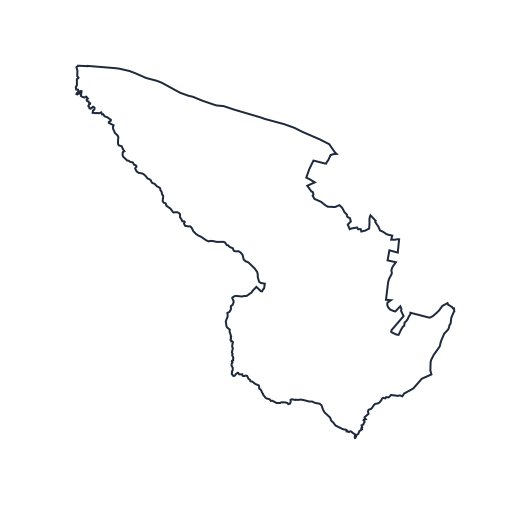 outline of San José, Caldas, Colombia, rotated 98°
{"feature_id": "7082276B53371478501914", "entity_name": "San José", "entity_type": "district", "adm_level": 2, "iso_a3": "COL", "parent_name": "Colombia", "parent_adm1": "Caldas", "projection": "albers", "projection_center": [-75.814, 5.065], "detail": "fine", "context": "isolated", "style": "outline", "palette": "slate", "viewbox_px": 512, "rotation_deg": 98, "n_neighbors": 0, "source": "geoboundaries", "source_scale": "gbopen_adm2", "svg_char_len": 6110}
<svg xmlns="http://www.w3.org/2000/svg" viewBox="0 0 512 512"><g transform="rotate(98 256 256)"><path d="M376.2,263.6L377.9,261.8L377.7,260.6L375.8,259.5L374.1,257.8L374.2,257.3L375.5,256.3L375.1,253.1L376.3,252.8L376.6,252.0L376.6,251.1L375.8,249.3L376.0,248.1L378.8,246.2L379.4,244.8L380.9,244.0L380.9,242.1L382.8,238.9L383.7,235.4L384.4,234.9L386.9,234.3L387.7,232.8L388.3,232.2L391.1,230.5L391.5,229.9L392.5,229.5L395.0,226.9L395.7,225.5L395.8,223.5L396.1,222.4L397.4,221.3L397.1,219.6L398.7,215.1L398.2,211.7L397.3,210.3L396.9,206.5L397.2,204.4L398.2,203.4L397.6,202.0L396.9,201.6L395.5,201.4L393.6,201.7L392.9,200.6L393.1,197.1L392.8,196.8L392.7,194.5L392.0,191.9L392.0,189.2L392.7,183.1L392.3,180.2L393.3,176.8L393.4,172.4L394.8,170.3L398.6,168.4L401.3,166.4L405.7,160.1L408.7,158.5L410.3,156.1L412.8,153.7L415.2,146.5L415.5,144.9L415.5,142.6L415.7,142.2L417.0,142.0L416.7,140.8L417.4,140.2L417.4,139.5L416.5,138.3L416.5,137.3L417.7,135.7L418.8,133.2L419.5,132.6L420.1,132.6L420.3,133.0L421.8,133.0L422.5,132.6L422.4,132.3L419.1,131.4L418.0,130.0L415.0,129.3L413.6,127.5L413.0,127.5L412.8,126.9L412.2,127.1L412.1,127.7L411.6,127.7L411.0,127.0L409.0,127.9L407.9,126.2L406.9,126.2L405.6,125.4L404.7,125.6L403.6,126.7L403.0,126.2L402.4,124.6L401.3,125.9L400.8,126.1L400.3,125.9L396.6,122.6L394.3,123.5L393.1,123.3L392.5,122.9L391.2,120.5L386.9,118.3L385.9,117.4L385.0,114.8L383.7,113.2L381.5,111.9L379.8,111.4L379.0,110.6L378.7,110.1L379.0,108.2L377.6,107.4L377.6,105.2L376.5,104.0L374.8,103.0L374.8,96.0L374.2,94.9L374.1,93.5L374.6,91.6L371.5,90.1L365.3,81.8L354.4,74.7L348.9,65.8L345.1,67.4L337.0,68.3L334.6,68.1L329.1,66.2L320.0,61.5L314.9,61.0L306.7,58.8L302.2,55.6L300.3,55.0L297.3,54.7L296.1,54.0L295.0,53.9L289.9,54.0L283.9,52.4L283.3,51.9L280.2,52.7L280.4,53.8L279.2,54.8L277.5,58.9L276.0,59.8L279.5,64.5L284.4,67.1L286.9,69.0L290.9,72.5L292.7,75.0L292.9,76.1L290.7,95.2L292.5,95.1L294.5,96.2L297.6,97.1L299.5,98.1L301.3,99.6L304.4,99.5L305.7,100.8L309.1,102.2L314.2,103.8L314.3,105.8L313.0,110.2L312.3,111.6L310.6,111.5L295.0,101.5L290.1,104.7L288.2,104.6L285.7,106.1L291.5,110.3L291.4,112.0L290.3,115.8L288.6,117.8L286.3,119.2L284.0,119.4L281.0,116.2L281.3,121.2L263.3,121.5L260.0,121.0L255.0,119.2L253.5,119.2L251.5,119.9L249.5,119.7L247.2,119.0L242.7,116.6L242.0,125.1L231.8,124.7L232.9,116.1L219.5,116.6L219.7,118.2L220.6,120.9L221.0,124.4L216.9,123.9L216.3,129.6L214.2,133.9L213.4,136.8L209.9,138.9L205.7,142.7L204.5,142.4L199.8,148.3L201.5,148.7L203.7,148.8L208.4,148.1L213.1,147.8L215.6,151.3L217.1,155.1L214.8,156.0L215.3,158.6L213.7,159.9L215.4,165.2L216.4,166.9L212.1,169.5L208.6,166.9L205.5,168.2L204.6,170.8L203.5,171.6L202.3,171.8L200.4,174.4L196.5,177.2L194.6,179.6L194.1,180.6L196.5,184.5L197.2,191.8L196.1,194.4L193.3,199.1L191.3,206.1L188.3,208.3L187.7,207.8L186.8,207.8L185.0,208.5L184.6,208.8L184.5,210.0L179.3,215.0L174.9,208.0L172.4,213.9L171.4,217.1L162.5,215.3L153.5,212.4L154.8,200.5L154.7,199.4L153.2,199.0L150.8,197.7L145.6,196.2L145.5,195.6L144.6,194.3L143.7,190.4L142.2,192.5L135.1,199.0L131.7,208.9L126.5,227.7L123.7,235.9L121.5,246.6L119.0,266.7L118.2,270.2L114.2,297.3L112.1,308.8L112.4,316.2L111.9,319.2L109.7,330.6L107.1,340.8L106.7,345.3L104.9,353.9L97.5,373.5L96.3,378.7L95.0,389.6L91.6,401.8L90.4,407.3L89.5,417.9L89.6,422.1L91.2,449.3L91.5,449.3L92.3,458.5L92.7,458.5L93.4,459.7L94.0,460.1L97.5,458.6L102.6,458.1L104.1,456.6L104.7,456.7L105.2,457.6L106.1,458.0L111.4,457.1L111.9,457.4L112.7,457.4L113.5,457.9L114.1,457.9L116.2,457.2L116.0,455.5L117.1,454.8L118.2,455.0L120.1,456.3L120.7,456.3L120.9,455.4L120.1,454.7L120.0,453.8L117.2,452.8L116.9,452.3L117.0,451.7L121.8,451.7L122.5,450.3L122.9,448.6L122.9,447.9L121.9,446.8L121.8,446.3L123.5,444.4L124.5,445.5L125.8,445.1L126.1,444.7L126.3,443.3L127.5,442.8L127.8,441.5L128.5,441.5L129.5,442.5L130.7,442.9L131.1,442.8L132.0,441.6L133.0,441.4L133.1,440.1L130.9,438.2L131.0,437.6L131.8,436.5L132.9,436.4L134.0,436.9L134.7,437.7L137.0,437.7L136.8,434.1L136.4,433.4L136.6,431.4L135.3,429.2L137.2,428.2L136.9,427.0L138.7,425.5L139.3,422.6L141.3,418.7L142.2,418.6L143.8,420.4L144.6,420.3L146.4,415.2L148.2,415.6L150.0,415.2L154.0,412.6L155.8,409.9L157.3,408.9L162.1,408.6L164.5,408.1L165.6,407.1L166.0,404.3L168.8,402.6L170.6,400.9L171.5,402.2L172.3,402.4L174.6,402.2L176.2,401.3L179.4,396.8L179.4,395.4L180.3,393.6L180.5,391.0L182.6,389.4L182.8,387.9L183.3,387.2L184.3,386.8L185.5,387.7L186.3,387.8L188.7,386.1L189.3,385.3L190.0,383.8L190.1,380.1L190.8,378.4L192.3,376.2L194.2,374.4L194.8,372.4L195.6,370.8L197.1,369.9L198.1,368.9L198.7,366.3L200.7,364.0L201.8,360.9L202.5,360.3L204.1,359.8L205.8,358.3L208.0,357.6L209.5,356.2L214.4,356.1L215.1,355.8L216.1,354.6L216.4,352.9L217.3,352.2L218.7,351.8L221.0,347.3L224.2,344.2L224.4,343.6L223.7,341.2L223.7,340.0L224.0,338.7L224.7,337.5L225.5,337.0L228.2,336.6L230.4,334.6L231.4,334.3L231.9,333.2L231.7,331.9L232.2,331.3L234.0,331.8L236.0,330.3L236.1,327.1L235.8,325.6L236.1,324.7L237.5,323.3L240.3,321.4L242.5,318.5L243.6,316.4L244.6,313.1L247.5,307.3L248.1,304.6L247.4,303.4L247.2,300.6L247.5,296.8L246.5,289.9L247.0,288.5L249.3,286.4L249.2,285.3L250.7,283.3L251.6,280.0L253.4,279.1L254.1,278.3L254.2,276.6L253.7,273.9L254.7,271.7L256.7,269.5L261.2,267.7L262.8,265.4L263.1,263.3L264.2,261.5L268.7,255.4L271.6,252.7L273.7,251.8L277.0,251.2L281.1,249.3L282.0,247.6L282.2,243.4L287.1,243.5L287.6,244.1L290.2,245.1L290.2,246.3L286.5,251.3L290.9,254.5L292.7,255.3L296.6,259.4L297.1,260.6L297.2,262.0L298.1,264.4L298.3,270.5L299.0,272.0L300.5,273.7L301.6,273.4L303.7,271.9L305.4,271.8L307.6,272.4L309.2,273.9L312.3,273.4L314.2,274.1L315.1,274.6L316.3,276.4L318.9,275.8L320.5,275.7L323.1,276.5L325.1,276.8L329.2,275.6L330.7,274.8L332.5,271.8L334.6,271.6L339.2,269.4L339.8,269.8L341.1,269.2L342.5,269.6L343.1,268.7L344.0,268.6L344.0,267.3L344.7,266.8L346.8,267.1L349.2,267.0L350.2,266.2L351.0,266.1L354.8,266.5L356.1,265.6L357.6,265.8L359.6,264.4L361.5,264.3L362.2,264.0L362.8,264.3L363.1,265.2L363.6,265.3L364.8,264.5L366.0,265.1L367.8,265.0L369.9,263.5L371.6,263.2L372.8,263.3L373.6,263.8L374.5,263.5L376.2,263.6Z" fill="none" stroke="#1e293b" stroke-width="2"/></g></svg>